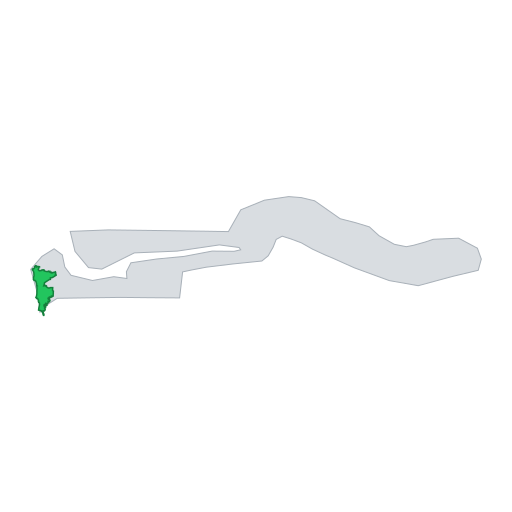 Kombo South, West Coast, Gambia shown in context
{"feature_id": "56634734B1390118495461", "entity_name": "Kombo South", "entity_type": "district", "adm_level": 2, "iso_a3": "GMB", "parent_name": "Gambia", "parent_adm1": "West Coast", "projection": "mercator", "projection_center": [-16.741, 13.204], "detail": "fine", "context": "in_parent", "style": "filled", "palette": "green", "viewbox_px": 512, "rotation_deg": 0, "n_neighbors": 0, "source": "geoboundaries", "source_scale": "gbopen_adm2", "svg_char_len": 5531}
<svg xmlns="http://www.w3.org/2000/svg" viewBox="0 0 512 512"><path d="M70.2,231.4L108.3,229.9L154.4,230.5L204.7,231.2L228.4,231.6L240.8,209.8L264.4,200.2L288.7,196.6L301.3,197.6L314.6,200.8L340.1,218.7L356.0,222.8L369.4,226.9L379.0,235.7L394.3,244.3L406.3,246.7L413.5,245.3L425.3,242.0L433.2,239.3L458.6,238.2L477.4,248.2L481.3,259.1L478.2,270.3L453.0,276.3L418.2,285.7L389.3,280.6L354.3,267.8L333.8,258.6L325.2,255.0L312.4,249.1L301.3,242.8L290.5,238.8L282.2,236.2L276.2,239.4L273.1,247.2L268.2,255.8L261.9,261.0L232.5,264.0L206.2,267.2L192.0,269.9L182.6,271.9L179.6,297.9L149.7,297.7L120.4,297.4L89.9,297.8L57.2,298.3L48.8,303.6L40.0,312.2L39.1,299.2L30.7,269.4L41.9,256.4L54.1,248.8L62.3,254.9L64.8,267.0L71.0,275.3L92.5,280.5L113.8,276.7L126.9,278.5L126.4,271.7L130.9,262.8L156.7,259.0L184.1,256.4L212.1,251.1L234.1,251.3L240.7,249.8L239.1,247.5L219.4,244.9L177.2,251.1L134.3,252.9L101.8,269.1L88.5,267.6L75.0,251.4L70.2,231.4Z" fill="#d9dde1" stroke="#a8b0b8" stroke-width="1"/><path d="M55.5,272.1L55.4,272.2L55.0,272.3L55.0,272.0L54.7,272.1L54.1,272.3L53.3,272.4L53.3,272.5L52.4,272.8L52.2,272.9L52.0,272.7L52.0,272.8L51.9,272.9L51.5,272.9L51.4,272.9L50.1,272.3L49.9,272.3L49.8,272.2L49.7,271.9L49.6,271.5L49.8,271.5L50.0,271.4L49.9,271.2L49.0,271.5L48.5,271.1L48.3,271.1L48.0,271.6L46.1,271.5L44.3,270.9L44.3,270.7L44.1,270.7L44.1,270.3L43.8,270.2L43.8,269.8L43.7,269.8L42.6,269.9L42.3,269.9L42.3,270.0L42.2,270.0L41.8,270.3L41.7,270.2L41.2,270.3L41.1,270.5L40.3,270.7L39.8,270.8L39.2,270.7L38.9,270.5L38.8,270.1L38.6,270.0L38.2,269.7L38.4,269.2L38.5,268.7L38.8,268.2L38.7,267.5L38.7,267.4L39.0,267.2L39.6,266.9L39.5,266.7L39.3,266.7L39.1,266.7L38.8,266.8L38.5,266.8L38.5,266.7L38.4,266.7L38.1,266.6L38.0,266.4L37.6,266.4L37.2,266.5L36.9,266.8L36.5,266.6L36.4,266.5L36.4,266.4L36.4,266.5L36.5,266.6L36.4,266.8L36.2,266.6L36.1,266.1L36.2,265.9L36.3,265.9L36.2,265.8L36.0,265.7L35.9,265.7L35.9,265.9L35.7,265.8L35.4,265.9L35.3,266.0L35.2,266.5L34.8,266.4L34.7,266.6L34.7,266.9L34.6,267.2L34.6,267.6L34.4,268.1L34.0,268.5L33.8,268.7L33.5,268.9L33.3,268.8L33.2,268.7L32.6,268.9L32.6,269.0L32.6,269.3L32.6,269.5L32.3,269.7L32.3,269.8L32.9,270.4L33.3,271.0L33.5,271.5L33.6,271.8L33.7,272.0L33.8,272.5L33.9,272.9L33.9,273.3L33.9,273.5L33.9,274.2L34.0,274.8L34.0,275.6L33.9,276.1L33.7,277.0L33.6,277.3L33.5,277.6L33.5,278.6L33.5,278.9L33.4,279.3L33.4,279.5L33.6,279.7L33.8,279.9L33.8,280.0L34.0,280.1L34.3,280.4L34.4,280.5L34.6,280.4L34.8,280.4L35.0,280.4L35.2,280.5L35.5,280.9L35.6,281.0L35.8,281.3L36.1,281.9L36.1,282.1L36.2,282.5L36.3,282.8L36.5,283.5L36.6,283.9L36.6,284.6L36.7,285.4L36.8,285.5L36.7,285.5L36.8,286.0L36.9,286.4L36.9,287.1L37.0,288.3L37.0,289.2L36.9,291.5L36.9,292.0L36.9,293.3L36.8,294.0L36.8,294.5L36.7,294.8L36.7,295.1L36.6,295.6L36.4,296.2L36.4,296.5L36.2,296.8L36.3,297.1L36.2,297.3L35.9,297.5L36.0,297.7L36.5,298.0L36.7,298.4L36.7,298.5L36.8,298.5L37.1,298.2L37.4,298.3L37.5,298.4L37.6,298.6L37.8,298.8L37.9,299.1L38.0,299.7L38.2,299.8L38.3,299.9L38.4,300.0L38.4,300.3L38.4,300.7L38.4,301.3L38.4,301.5L38.7,302.1L38.7,302.3L38.9,302.3L39.1,302.4L39.2,302.5L39.4,303.0L39.4,303.8L39.5,304.2L39.5,304.4L39.4,304.8L39.5,304.9L39.3,305.7L39.3,305.9L39.1,306.5L39.1,306.8L38.8,308.1L38.8,308.5L38.6,309.6L38.6,310.1L38.9,310.1L39.2,310.3L39.7,310.5L40.2,310.5L40.5,310.5L41.1,310.8L41.4,311.0L41.6,311.3L41.9,311.6L42.8,313.1L43.0,313.9L43.1,314.6L43.5,315.4L43.8,315.4L43.9,315.2L44.0,314.9L43.8,314.2L43.8,313.9L43.4,313.4L43.4,313.2L43.3,312.7L43.2,312.2L42.9,311.7L42.8,311.3L43.0,311.0L43.1,310.8L43.2,310.7L43.4,310.7L43.6,310.7L44.0,310.9L44.4,310.9L44.5,310.7L44.8,310.4L44.9,310.1L45.1,309.9L45.2,309.5L44.9,308.6L44.8,308.4L44.6,308.4L44.5,308.1L45.0,307.9L45.3,307.8L45.5,307.7L45.4,307.4L45.6,307.1L45.5,306.8L45.3,306.8L45.1,306.8L44.8,306.8L44.8,306.7L44.7,306.5L44.6,306.4L44.4,306.4L44.1,306.2L44.0,305.9L44.1,305.5L44.0,305.2L44.1,304.8L44.2,304.7L44.3,304.6L44.7,304.5L44.9,304.5L45.0,304.6L44.9,304.8L45.0,305.4L45.4,305.6L45.6,305.7L45.9,305.6L46.4,305.5L47.0,305.1L47.0,304.9L47.0,304.7L46.8,304.6L46.6,304.7L46.6,304.8L46.3,304.6L46.1,304.5L45.9,304.4L45.7,304.2L45.6,303.7L45.6,303.4L45.7,303.2L45.8,303.2L46.0,303.3L46.0,303.6L46.4,303.8L46.8,303.8L47.2,303.6L47.6,303.4L47.8,303.3L48.0,303.0L48.0,302.9L48.2,302.4L48.2,302.2L48.0,301.7L48.1,301.4L48.3,301.5L48.6,301.9L48.8,301.9L49.1,301.9L49.5,301.5L49.7,301.2L49.9,300.6L50.0,300.4L50.0,300.2L49.9,300.0L49.7,299.9L49.4,299.8L49.4,299.7L49.2,299.6L49.1,299.8L48.7,299.6L48.4,299.3L48.3,299.1L48.1,298.7L48.1,298.3L48.1,298.1L48.3,298.0L48.5,298.0L48.8,298.6L49.0,298.6L49.3,298.5L49.6,298.2L49.5,297.7L49.2,297.3L49.2,297.1L49.3,297.0L49.5,297.0L49.7,297.3L49.8,297.5L50.5,297.4L50.8,297.4L51.1,297.3L51.1,297.2L51.0,296.9L51.0,296.4L51.1,296.2L51.7,296.0L51.8,296.0L52.0,296.5L52.4,296.6L52.5,296.4L52.6,296.1L53.1,296.1L53.2,295.2L53.2,294.2L53.3,293.4L53.3,292.0L53.4,291.1L52.6,290.5L52.7,287.6L50.4,287.6L49.4,288.0L48.7,288.1L48.2,288.0L47.8,287.6L47.6,287.6L47.2,287.4L46.8,287.0L46.7,286.9L46.5,286.6L46.4,286.6L46.0,286.3L46.1,286.1L46.3,285.8L46.0,285.6L45.8,285.5L45.5,285.5L45.4,285.4L45.1,285.5L44.9,285.4L44.5,285.7L43.8,285.9L43.7,285.9L43.9,285.4L44.0,285.2L44.1,284.7L44.4,283.7L44.5,282.7L49.1,279.7L49.3,279.5L50.4,279.4L50.4,279.0L50.4,278.4L50.4,277.8L51.8,277.7L52.2,277.6L52.4,277.5L53.5,276.9L55.2,275.8L55.1,275.2L55.8,275.0L56.1,275.1L56.1,274.9L56.0,274.5L55.8,274.3L55.8,274.0L55.6,273.3L55.7,273.0L55.7,272.9L55.6,272.7L55.6,272.4L55.5,272.1Z" fill="#22c55e" stroke="#15803d" stroke-width="1.5"/></svg>